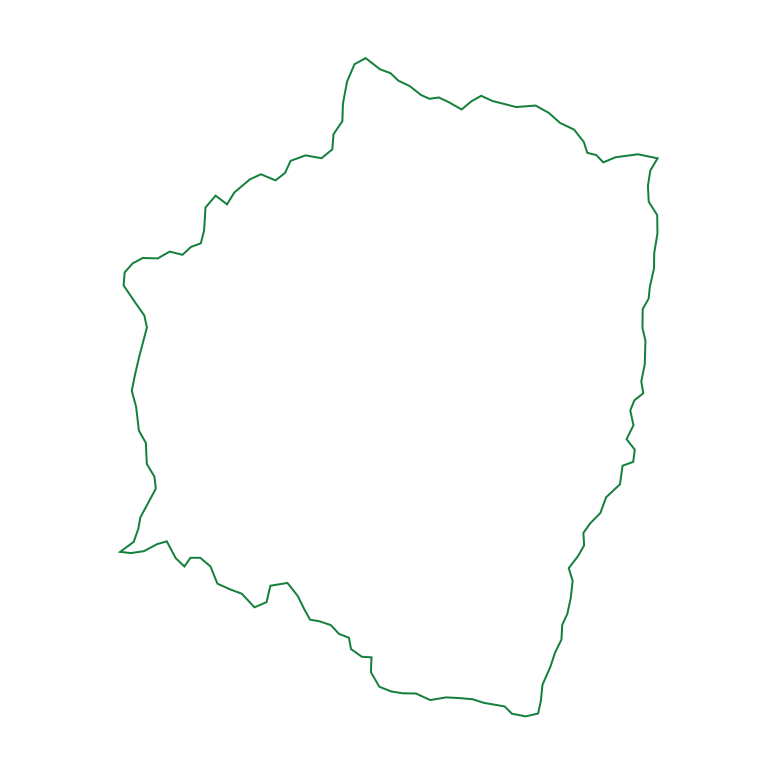 Oscar Bressane, São Paulo, Brazil, rotated 183°
{"feature_id": "56859067B66213381636200", "entity_name": "Oscar Bressane", "entity_type": "district", "adm_level": 2, "iso_a3": "BRA", "parent_name": "Brazil", "parent_adm1": "São Paulo", "projection": "robinson", "projection_center": [-50.254, -22.295], "detail": "fine", "context": "isolated", "style": "outline", "palette": "green", "viewbox_px": 768, "rotation_deg": 183, "n_neighbors": 0, "source": "geoboundaries", "source_scale": "gbopen_adm2", "svg_char_len": 1961}
<svg xmlns="http://www.w3.org/2000/svg" viewBox="0 0 768 768"><g transform="rotate(183 384 384)"><path d="M638.7,202.6L627.9,201.9L615.0,204.5L602.4,212.1L592.7,215.5L582.9,199.2L573.8,191.3L568.2,200.3L558.4,200.8L547.7,192.7L539.9,175.9L526.8,170.8L515.0,167.1L501.7,154.2L489.9,160.0L486.9,176.6L470.0,180.3L458.9,167.6L451.7,154.7L445.5,144.8L435.8,143.6L424.4,140.4L415.9,132.1L405.7,128.7L403.1,117.6L391.8,110.4L382.2,110.4L382.0,95.5L372.8,81.4L360.5,77.3L349.0,76.1L336.0,76.6L321.3,70.8L305.5,74.3L291.6,74.3L278.9,73.8L267.5,70.8L258.0,69.7L246.6,68.3L239.0,61.4L225.1,59.5L212.9,63.0L210.8,75.4L210.0,92.0L203.2,109.8L199.2,124.5L193.4,138.1L193.4,152.8L188.9,164.1L186.3,180.0L185.3,197.3L189.9,209.8L181.3,222.2L175.7,233.3L177.1,245.7L171.0,255.4L161.2,266.5L156.2,282.6L143.1,296.2L141.5,314.9L131.1,319.2L130.1,331.5L138.9,341.6L132.7,355.9L136.7,370.6L133.1,380.8L124.6,388.4L127.2,400.1L124.6,417.4L125.2,440.9L128.8,453.4L129.6,472.3L124.2,483.1L123.6,494.9L120.4,513.7L121.0,529.0L118.8,548.5L120.0,567.0L129.2,579.9L130.8,596.0L129.2,611.2L122.6,623.7L142.5,626.7L164.8,622.5L176.6,616.8L183.9,623.7L193.1,625.5L197.1,636.1L207.4,647.9L221.8,653.9L233.5,663.3L247.2,670.0L266.7,667.5L278.9,670.0L290.6,672.3L302.0,676.9L311.5,670.9L320.9,662.2L334.0,668.8L344.2,673.0L353.5,671.2L362.3,674.6L374.0,682.9L385.6,687.7L393.7,694.7L404.5,698.1L419.4,708.5L430.2,701.8L436.7,684.1L439.7,661.7L439.3,644.4L447.5,630.8L447.9,615.6L458.2,606.2L474.2,608.2L488.9,602.0L493.9,589.6L503.0,581.7L518.0,587.0L528.7,581.3L543.5,567.4L550.2,555.2L562.0,563.3L571.5,550.9L571.7,527.8L574.3,514.9L583.9,510.8L592.0,502.5L605.0,505.0L616.5,497.6L631.5,497.2L641.2,491.4L648.8,481.9L649.2,468.8L636.6,452.2L626.9,439.8L623.7,428.0L629.9,398.5L633.1,380.5L635.5,364.0L630.3,348.0L626.3,324.5L618.7,312.6L616.7,291.8L608.4,279.4L606.4,267.6L614.6,250.1L620.3,238.1L621.7,226.8L625.7,213.2L638.7,202.6Z" fill="none" stroke="#15803d" stroke-width="2"/></g></svg>